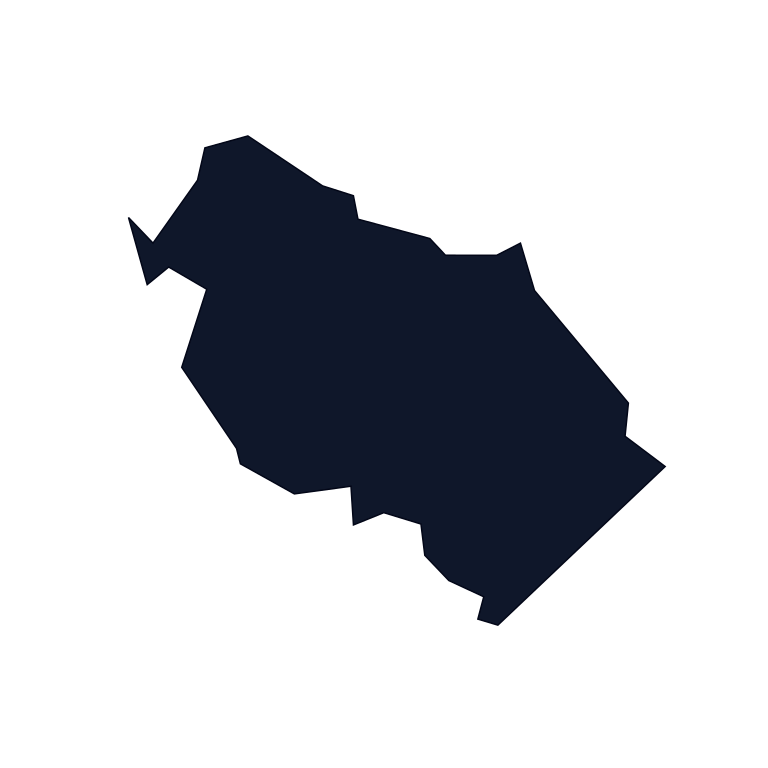 outline of Powell, Kentucky, United States of America, rotated 17°
{"feature_id": "52423323B38899235476803", "entity_name": "Powell", "entity_type": "district", "adm_level": 2, "iso_a3": "USA", "parent_name": "United States of America", "parent_adm1": "Kentucky", "projection": "natural_earth1", "projection_center": [-83.843, 37.824], "detail": "fine", "context": "isolated", "style": "filled", "palette": "ink", "viewbox_px": 768, "rotation_deg": 17, "n_neighbors": 0, "source": "geoboundaries", "source_scale": "gbopen_adm2", "svg_char_len": 565}
<svg xmlns="http://www.w3.org/2000/svg" viewBox="0 0 768 768"><g transform="rotate(17 384 384)"><path d="M473.3,209.4L454.1,228.0L405.1,242.9L385.3,231.5L310.9,234.0L299.7,212.9L267.3,212.5L181.3,186.6L143.7,210.5L146.1,243.6L121.9,316.8L91.0,299.5L128.5,358.2L143.9,335.1L186.8,345.2L185.7,427.2L261.8,488.7L270.0,502.3L330.4,515.3L382.3,491.4L396.0,527.7L421.4,507.1L460.3,507.1L473.1,535.9L503.5,553.0L541.6,558.3L542.5,581.4L563.4,581.3L677.0,380.7L629.8,363.5L623.3,330.8L500.6,250.6L473.3,209.4Z" fill="#0f172a" stroke="#020617" stroke-width="1.5"/></g></svg>